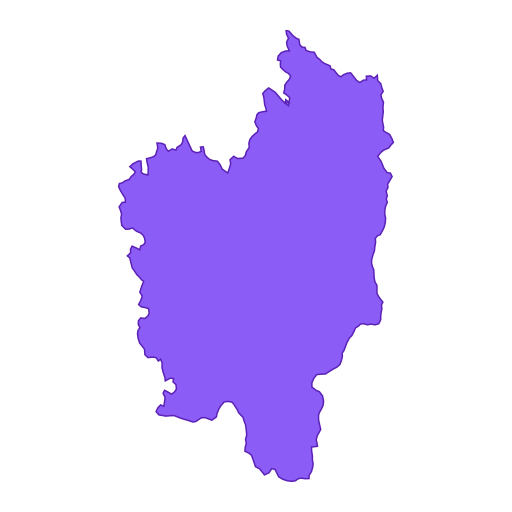 the district of Teixeira Soares, Paraná, Brazil
{"feature_id": "56859067B67237420188697", "entity_name": "Teixeira Soares", "entity_type": "district", "adm_level": 2, "iso_a3": "BRA", "parent_name": "Brazil", "parent_adm1": "Paraná", "projection": "robinson", "projection_center": [-50.417, -25.31], "detail": "fine", "context": "isolated", "style": "filled", "palette": "violet", "viewbox_px": 512, "rotation_deg": 0, "n_neighbors": 0, "source": "geoboundaries", "source_scale": "gbopen_adm2", "svg_char_len": 4970}
<svg xmlns="http://www.w3.org/2000/svg" viewBox="0 0 512 512"><path d="M309.0,478.6L309.1,475.4L311.5,471.5L312.8,466.7L313.1,463.5L312.4,460.0L312.4,455.9L311.6,450.8L311.5,447.0L314.5,446.7L317.5,446.3L316.9,442.7L316.2,439.8L317.3,435.6L320.7,429.5L318.6,420.1L318.5,415.4L319.3,412.7L321.2,409.4L323.0,405.6L323.6,401.5L322.6,396.0L319.4,391.7L315.9,390.2L311.9,387.0L311.9,382.8L313.8,378.4L316.7,374.6L321.9,374.1L325.5,374.0L328.3,372.1L333.1,369.1L336.8,367.2L339.9,364.5L341.4,360.5L342.4,356.5L342.1,353.3L343.8,350.8L345.3,347.0L347.1,342.2L349.7,337.7L351.9,335.5L353.8,331.8L355.6,327.8L358.5,326.1L360.4,324.1L363.7,323.7L367.5,324.8L370.9,324.1L374.9,324.8L378.7,323.8L380.7,319.8L380.7,316.6L381.0,313.3L381.9,308.5L381.4,305.0L382.9,302.2L380.4,299.0L378.6,296.5L376.9,293.2L377.0,288.9L376.9,285.2L375.1,282.2L374.4,279.3L374.0,275.6L373.8,269.9L372.4,266.5L371.6,263.6L371.6,259.9L373.0,254.7L374.4,251.0L374.8,247.1L375.6,242.1L375.3,238.4L377.3,235.9L380.3,234.6L382.9,229.9L384.3,226.8L385.3,222.6L385.6,218.0L384.8,214.6L384.8,210.4L385.6,206.2L387.3,202.4L386.3,198.9L387.3,195.8L386.1,191.2L388.0,187.4L387.6,184.3L389.9,180.4L392.1,176.6L390.4,173.1L387.2,172.6L383.9,168.3L382.4,164.5L381.0,161.2L379.4,158.9L377.7,156.3L380.9,152.4L383.6,150.2L388.8,147.9L391.0,144.9L393.4,142.5L391.9,138.6L389.7,134.5L386.0,132.4L383.3,130.6L383.6,127.1L382.9,123.8L382.3,120.1L382.7,116.5L383.3,111.7L382.9,107.6L383.5,102.1L381.8,98.8L380.9,94.9L383.2,91.4L381.9,87.9L380.7,83.5L377.7,80.7L377.3,75.3L374.1,78.2L370.6,75.9L366.3,76.2L366.6,79.9L363.3,80.2L359.8,82.5L356.7,80.5L352.8,75.5L350.6,72.8L347.3,73.2L343.6,74.7L340.8,76.8L338.2,75.3L335.5,72.0L333.9,69.8L330.8,68.8L330.1,65.8L327.0,64.5L324.3,63.4L321.7,61.6L319.5,59.2L317.0,57.4L314.2,52.2L310.3,51.9L306.0,50.4L305.0,47.4L302.2,47.2L299.8,44.8L298.9,39.3L296.5,38.4L293.1,35.8L288.8,31.0L286.1,30.7L286.6,34.4L288.5,38.2L286.6,42.2L287.2,46.1L289.3,50.8L285.4,51.0L281.1,52.8L278.2,56.0L277.5,60.0L280.8,61.0L280.3,63.9L280.6,67.2L283.0,69.6L285.6,71.9L288.1,73.2L290.6,75.9L289.4,79.2L286.6,82.4L284.8,85.1L284.7,89.2L283.7,92.9L286.6,94.9L289.7,97.6L289.0,102.6L288.4,105.7L285.1,103.2L281.4,99.6L278.3,95.9L275.1,92.2L268.7,87.9L265.3,90.6L262.8,93.5L263.9,97.9L264.7,104.7L265.8,108.0L266.5,111.2L262.8,111.7L258.7,112.7L256.9,114.7L256.2,118.0L254.8,121.8L256.4,125.7L258.4,128.6L257.6,131.8L255.4,133.5L252.2,136.4L249.9,139.4L248.9,143.1L249.2,147.5L246.3,151.8L245.3,155.6L243.0,158.2L237.6,158.5L233.6,156.3L230.0,159.8L230.7,163.8L229.1,169.1L227.7,173.0L224.5,170.7L222.1,169.0L220.3,165.0L217.4,161.2L213.0,160.6L209.7,159.5L207.2,157.4L204.7,154.5L204.1,150.4L203.2,146.8L200.5,147.1L201.2,151.4L197.8,152.7L195.1,152.3L192.2,151.0L189.7,145.7L185.0,135.6L183.1,138.0L182.7,141.7L181.2,144.7L177.1,147.3L175.9,150.2L172.1,148.9L168.4,151.3L166.3,148.9L164.8,144.6L161.5,143.3L157.0,143.0L157.8,148.2L156.4,152.1L155.7,155.0L153.2,156.8L149.9,157.9L146.5,158.7L147.2,163.0L148.2,167.0L148.2,171.2L147.9,175.0L143.3,173.9L141.2,172.3L141.6,169.3L141.2,165.7L141.0,161.1L138.4,161.0L135.9,162.3L132.9,163.8L129.8,166.7L132.2,168.7L135.4,171.8L133.7,174.5L131.1,176.6L129.4,179.3L125.3,180.8L122.0,183.0L119.4,183.5L118.6,186.6L120.2,190.2L122.9,194.7L125.1,198.0L125.4,202.2L122.2,202.4L119.1,206.9L120.5,210.4L121.6,214.3L120.9,217.6L121.2,221.3L121.8,225.4L125.5,229.2L129.2,229.1L132.4,227.9L134.6,229.8L136.8,231.4L140.5,232.9L143.3,235.4L144.6,238.4L145.2,242.1L143.7,244.7L140.7,246.0L139.7,249.8L136.8,248.2L132.1,246.1L130.5,249.2L130.6,252.8L127.3,255.9L129.7,257.8L130.8,262.3L132.3,268.0L134.4,270.8L136.8,274.6L139.1,276.8L141.5,279.7L143.7,281.4L141.9,285.7L139.8,292.2L142.3,296.1L140.6,300.8L138.6,304.5L141.2,306.8L144.8,307.5L148.5,308.5L149.2,313.1L147.8,316.1L144.8,318.5L140.7,317.9L138.4,320.8L138.3,324.6L139.9,327.5L138.0,330.6L137.5,333.7L138.1,338.2L139.7,343.2L142.3,346.3L144.5,349.2L144.9,354.7L148.0,357.6L152.5,357.1L156.1,357.6L158.3,361.0L160.6,359.2L162.1,362.9L162.0,367.7L163.1,372.0L164.9,377.5L165.3,380.9L170.4,378.1L173.6,378.6L173.0,381.8L176.0,384.7L176.4,389.0L174.8,391.6L171.6,394.2L167.9,392.0L164.6,390.3L163.1,393.2L165.1,397.5L164.5,402.0L163.8,406.2L160.6,404.9L157.8,407.9L156.1,411.6L158.9,414.9L163.0,415.6L165.8,416.1L170.5,415.7L174.1,415.6L177.4,416.9L181.0,418.3L187.4,420.2L192.9,422.0L195.6,421.6L201.5,417.7L205.4,417.7L211.9,420.2L216.4,416.9L217.0,413.5L218.8,409.2L221.1,405.4L224.1,402.0L227.7,401.4L231.9,402.1L233.8,404.2L235.3,406.6L237.2,409.5L238.6,412.7L240.5,414.8L243.1,417.4L243.8,420.2L245.6,424.9L246.2,429.5L246.7,435.0L245.5,439.6L246.3,443.3L245.3,446.8L244.9,451.2L248.8,453.1L251.5,455.3L252.9,459.0L255.5,466.7L259.6,468.8L264.5,474.9L269.1,472.7L271.7,468.6L275.1,469.5L276.9,473.2L278.7,476.8L282.8,479.3L287.4,480.8L291.8,481.3L295.4,480.8L297.7,479.0L300.6,478.1L305.1,478.7L309.0,478.6ZM289.0,102.6L285.8,99.6L285.1,103.2L289.0,102.6Z" fill="#8b5cf6" stroke="#5b21b6" stroke-width="1.5"/></svg>